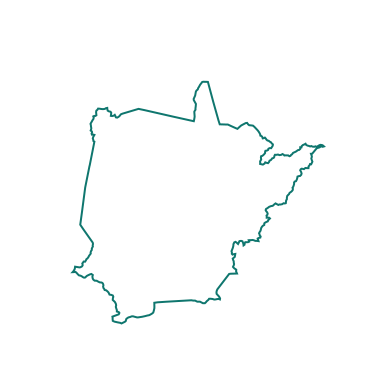 outline of Quixeramobim, Ceará, Brazil, rotated 70°
{"feature_id": "56859067B28846825855814", "entity_name": "Quixeramobim", "entity_type": "district", "adm_level": 2, "iso_a3": "BRA", "parent_name": "Brazil", "parent_adm1": "Ceará", "projection": "mercator", "projection_center": [-39.308, -5.193], "detail": "fine", "context": "isolated", "style": "outline", "palette": "teal", "viewbox_px": 384, "rotation_deg": 70, "n_neighbors": 0, "source": "geoboundaries", "source_scale": "gbopen_adm2", "svg_char_len": 6020}
<svg xmlns="http://www.w3.org/2000/svg" viewBox="0 0 384 384"><g transform="rotate(70 192 192)"><path d="M284.0,177.6L281.6,177.7L280.2,177.0L279.3,177.5L278.5,178.2L277.5,178.7L276.4,179.1L275.0,177.7L274.1,177.1L273.0,177.0L271.3,176.5L270.0,176.6L268.5,176.5L268.1,175.3L267.6,174.0L266.1,173.1L265.0,172.5L264.7,174.2L264.7,175.3L263.7,175.7L262.5,175.2L261.1,175.1L260.0,174.1L258.4,172.7L256.8,171.6L255.2,170.9L253.8,169.5L253.7,168.2L254.8,167.4L256.6,166.5L255.5,165.3L254.4,164.2L254.7,162.6L255.5,161.5L257.1,161.4L258.5,161.5L259.8,161.8L259.5,160.7L258.3,160.1L257.4,159.1L258.3,156.6L258.2,155.2L256.7,155.2L257.0,154.1L257.5,152.7L257.7,151.7L258.4,150.5L259.6,149.2L260.2,147.6L260.9,146.3L258.2,146.2L258.0,144.8L258.2,143.4L257.2,142.7L256.1,143.2L254.8,143.0L253.7,143.1L252.9,142.3L251.8,140.8L250.6,140.0L249.4,139.2L248.7,138.3L248.0,137.1L247.7,135.4L246.2,134.8L245.8,133.8L245.6,132.5L245.5,130.8L244.5,130.1L244.1,128.9L243.5,127.8L242.4,128.5L241.7,130.6L240.7,130.2L239.6,130.0L239.2,129.0L238.2,128.3L236.8,128.3L235.6,128.8L234.2,129.0L233.2,128.1L233.0,126.7L232.3,124.5L232.3,122.4L232.6,120.9L231.7,118.7L231.3,117.4L233.7,115.3L233.6,114.2L234.0,113.2L234.3,111.5L233.9,109.8L234.5,108.8L234.6,107.7L232.1,106.4L231.2,105.3L229.8,104.8L228.3,103.9L227.7,102.8L227.2,101.6L226.2,100.6L225.7,98.7L225.1,97.4L224.5,96.6L223.5,96.1L222.4,96.1L221.7,95.1L220.5,94.1L219.4,93.3L218.1,92.9L217.3,92.0L217.4,90.6L216.2,89.3L215.0,88.4L213.6,87.6L213.6,86.2L213.9,85.0L213.2,83.5L212.1,82.7L210.6,82.6L208.6,82.9L207.8,82.0L207.6,81.0L208.1,80.1L208.8,79.0L208.2,77.2L208.9,75.8L209.4,74.4L207.8,73.7L207.1,72.4L206.1,71.5L206.7,70.5L204.7,68.5L202.8,68.5L201.3,68.4L199.9,67.3L198.6,67.1L196.8,67.1L197.1,66.0L196.5,64.9L195.1,62.5L193.6,59.9L193.6,58.8L193.7,56.9L193.2,55.1L194.2,53.8L194.3,52.4L193.3,52.9L192.4,53.7L191.6,55.2L191.6,56.4L191.9,57.7L192.1,59.7L191.3,60.4L191.3,61.7L190.6,63.2L189.6,64.2L189.6,65.4L188.7,66.4L187.9,67.6L186.8,68.6L185.5,68.8L185.7,69.9L185.8,71.7L186.4,73.2L187.5,73.9L187.0,75.0L188.5,75.5L189.1,76.9L188.9,78.2L189.3,79.6L189.6,80.7L189.7,82.1L189.8,83.6L190.8,85.1L191.1,86.3L191.7,87.1L191.7,88.2L190.5,89.1L190.1,90.2L189.6,91.4L189.3,92.7L188.3,93.1L187.3,94.0L187.6,95.6L187.2,97.3L186.2,98.4L186.0,99.8L185.4,101.3L186.2,102.2L187.2,102.7L187.9,103.7L187.8,105.1L188.9,106.8L189.1,108.4L190.2,109.4L190.9,110.7L190.0,112.1L189.2,113.0L190.1,114.1L190.5,116.0L189.6,117.4L188.9,118.4L188.0,117.9L186.9,117.7L185.9,116.9L185.2,115.9L184.3,115.7L183.0,115.4L182.0,114.8L182.1,113.6L181.7,112.4L181.1,111.1L180.4,110.0L179.3,109.6L178.4,108.9L178.7,107.5L178.5,106.1L177.5,105.4L177.3,104.1L177.9,102.6L176.1,100.3L174.9,99.7L173.5,100.5L172.3,100.8L171.2,101.8L170.1,102.4L169.4,103.5L168.3,104.1L167.0,104.4L165.8,104.9L166.0,106.1L165.8,107.2L164.5,107.1L163.3,107.5L162.4,108.5L161.3,108.2L159.6,108.4L158.2,108.7L156.8,109.1L155.1,109.8L152.1,111.1L150.5,112.0L149.8,113.3L148.8,115.4L147.9,116.0L147.0,116.3L145.9,116.6L145.6,118.0L146.3,123.0L147.1,125.1L148.2,127.7L147.1,128.9L143.4,132.7L140.9,135.2L139.7,138.3L139.0,140.0L137.9,142.8L133.3,142.6L130.8,142.4L114.7,141.2L94.0,139.4L93.3,141.0L92.9,142.2L92.4,143.2L92.1,144.7L93.0,146.1L94.0,147.7L95.6,149.5L96.6,150.8L97.6,151.5L98.2,153.1L99.1,154.1L102.4,156.0L105.1,158.6L106.3,158.9L108.1,158.6L110.6,158.2L112.6,159.1L114.5,160.1L115.9,160.6L116.6,161.6L117.4,162.4L120.9,163.4L122.2,163.8L124.0,164.8L125.0,165.4L126.1,166.1L114.7,184.0L107.8,194.7L98.9,208.5L95.6,213.8L95.4,217.2L94.6,230.7L94.7,232.3L95.9,234.3L96.3,235.5L96.5,236.9L95.8,238.0L94.7,238.0L93.1,238.2L93.5,239.4L93.3,241.1L92.7,242.2L91.4,241.5L89.9,240.8L88.7,241.1L87.8,242.5L86.7,243.4L85.1,243.2L84.0,242.9L83.8,244.3L84.1,245.5L83.7,247.3L83.0,248.8L82.2,250.2L81.5,251.7L82.4,252.8L82.8,254.0L84.1,254.8L87.2,255.6L87.5,256.8L87.1,257.9L87.2,258.9L88.5,258.9L89.8,259.8L90.5,260.9L91.4,261.9L92.4,263.1L93.3,264.1L94.3,264.1L95.8,264.5L97.6,264.8L98.5,265.3L99.6,266.2L100.8,265.4L101.8,265.5L102.8,266.4L103.9,266.4L104.2,265.2L105.0,264.2L106.4,265.9L107.7,266.9L108.9,266.9L110.5,267.2L111.3,266.5L131.8,278.9L132.8,279.6L151.2,290.8L153.7,292.1L173.5,302.4L184.5,308.2L190.1,306.8L205.6,302.6L207.0,302.8L208.2,303.6L209.3,303.8L210.0,304.6L210.9,305.5L212.2,306.0L213.1,307.2L214.2,308.0L215.2,308.2L215.9,309.2L216.6,310.4L217.9,311.8L218.7,313.1L219.0,314.2L219.9,315.0L220.9,316.3L220.3,317.6L221.1,318.6L221.6,319.5L222.6,319.6L223.6,319.9L224.3,320.9L224.5,322.2L224.5,323.2L224.0,324.2L222.7,326.5L222.2,327.4L223.1,327.9L224.2,328.5L225.1,329.5L225.9,330.5L226.5,331.6L226.9,330.3L227.2,328.8L229.0,327.9L230.1,327.5L231.6,326.8L232.5,325.4L233.5,324.4L234.5,323.8L235.6,322.7L235.8,321.5L235.3,320.5L234.9,319.6L234.7,318.1L234.5,315.9L234.6,314.6L236.1,313.6L237.6,314.6L239.5,314.9L240.8,314.6L242.0,313.8L242.8,311.9L243.9,311.0L245.3,309.7L246.1,308.0L246.8,307.3L247.9,307.0L249.3,307.1L250.5,307.9L252.2,308.0L253.2,307.6L254.2,307.6L255.1,306.2L256.7,305.3L257.9,304.8L259.0,304.7L260.2,304.6L261.1,303.0L262.2,301.8L263.6,301.8L264.6,302.6L266.3,303.4L268.9,302.1L270.1,301.9L271.1,301.8L272.5,302.0L273.9,302.9L275.9,303.0L277.2,303.0L278.6,303.5L279.8,301.9L280.8,301.6L281.9,302.7L281.9,309.4L283.0,309.6L284.4,310.1L286.0,310.5L287.3,309.2L288.2,307.8L289.1,306.4L290.4,304.2L291.4,303.2L291.0,299.5L290.6,298.4L289.7,297.8L288.7,297.0L288.1,294.7L288.3,292.6L288.2,291.4L288.6,290.0L289.4,288.9L291.0,286.6L291.4,285.5L292.2,281.5L292.6,278.5L292.8,276.2L293.1,274.4L292.9,272.8L292.5,270.8L292.0,269.6L290.2,268.3L288.3,267.1L287.0,266.6L283.2,265.3L283.9,262.0L286.4,253.4L293.5,229.7L294.4,228.1L295.2,226.1L296.0,225.4L296.9,224.5L297.8,222.0L300.2,219.8L300.9,218.0L300.4,216.7L299.7,215.6L298.9,213.4L298.2,212.5L298.5,211.4L299.6,209.2L300.6,208.0L301.0,206.8L301.2,205.1L301.6,203.5L302.5,202.5L301.6,202.0L299.6,202.3L296.2,203.7L295.1,203.5L294.0,203.0L293.0,202.3L292.1,201.4L281.7,185.1L282.0,183.7L284.0,177.6Z" fill="none" stroke="#0f766e" stroke-width="2"/></g></svg>